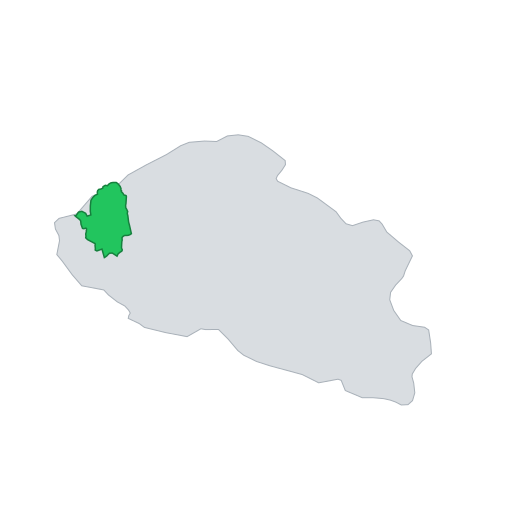 location of Ha within Bhutan, rotated 22°
{"feature_id": "BTN-2435", "entity_name": "Ha", "entity_type": "District", "adm_level": 1, "iso_a3": "BTN", "parent_name": "Bhutan", "parent_adm1": "", "projection": "orthographic", "projection_center": [89.122, 27.35], "detail": "fine", "context": "in_parent", "style": "filled", "palette": "green", "viewbox_px": 512, "rotation_deg": 22, "n_neighbors": 0, "source": "natural_earth", "source_scale": "10m", "svg_char_len": 2864}
<svg xmlns="http://www.w3.org/2000/svg" viewBox="0 0 512 512"><g transform="rotate(22 256 256)"><path d="M400.3,219.3L399.6,222.3L396.4,230.5L394.4,239.3L396.4,246.5L404.1,254.9L414.4,261.6L427.2,261.8L439.0,258.9L443.8,259.9L450.5,271.2L455.3,281.0L449.3,291.4L446.1,300.5L445.1,306.9L445.9,309.6L449.8,314.7L454.5,323.4L455.3,331.5L452.6,336.9L446.5,339.7L440.0,339.1L434.6,339.3L427.9,340.4L417.4,343.6L407.6,347.6L389.2,347.3L381.6,339.4L378.2,339.5L361.6,350.1L343.3,348.6L310.0,352.6L296.1,353.6L281.8,352.6L274.6,350.5L261.1,343.4L248.8,338.2L236.5,343.2L232.2,344.1L222.3,356.6L200.8,360.9L179.3,364.0L173.0,362.4L160.9,361.7L160.4,358.8L160.8,356.0L158.0,353.8L153.1,351.5L144.6,350.5L133.8,347.4L127.6,344.5L105.6,348.9L92.7,342.3L78.2,333.3L70.8,329.3L68.1,315.4L65.6,310.9L59.9,306.1L56.7,300.6L59.3,294.9L73.8,284.3L74.9,281.8L81.7,261.9L90.9,254.7L100.1,244.7L107.0,228.8L120.3,212.4L134.9,195.6L144.9,181.9L151.5,175.6L165.2,168.7L176.6,164.6L184.5,155.4L194.1,150.3L203.9,148.0L218.5,149.1L232.2,152.2L247.3,156.6L249.1,160.3L247.9,166.8L245.8,173.4L245.7,176.7L248.1,178.6L262.8,179.7L280.9,178.4L291.0,179.2L313.7,185.0L320.4,189.2L327.4,192.4L334.1,191.7L342.5,184.5L351.4,178.4L357.0,177.3L361.0,179.2L368.3,184.8L383.3,189.8L396.6,193.6L401.0,197.3L399.9,213.8L400.3,219.3Z" fill="#d9dde1" stroke="#a8b0b8" stroke-width="1"/><path d="M73.1,286.5L74.1,285.8L75.0,281.8L77.8,279.8L82.0,280.2L84.5,282.3L87.5,279.8L85.6,276.6L83.6,271.5L82.1,266.1L82.8,262.9L83.9,260.1L85.9,258.1L85.5,257.4L84.9,256.2L84.7,254.7L85.3,253.1L87.0,252.1L88.5,250.5L88.2,249.0L89.8,246.9L91.9,246.5L92.6,244.5L94.0,242.6L95.5,241.6L98.8,240.2L100.1,240.5L100.5,240.6L100.9,240.7L102.1,241.3L102.7,241.7L103.9,242.3L105.6,244.1L105.9,245.3L107.0,246.0L107.0,246.7L107.9,247.2L108.5,247.4L109.1,247.7L110.6,248.8L111.0,248.9L111.4,248.9L111.8,248.8L112.4,248.6L113.0,248.7L113.6,249.5L115.8,256.2L116.1,257.8L117.2,260.1L118.7,261.2L119.5,262.1L120.3,262.7L120.7,264.8L122.1,266.7L125.2,272.3L127.1,274.8L132.1,282.0L131.1,283.5L129.6,284.8L128.8,285.2L127.1,285.9L126.4,286.3L125.7,287.1L125.2,288.0L124.9,289.2L126.0,291.5L126.2,292.9L127.2,295.9L128.2,298.7L128.7,299.4L129.6,300.2L129.8,300.9L129.7,301.9L128.6,303.3L127.3,305.8L127.2,308.2L121.7,307.1L119.1,308.3L118.0,310.7L117.7,311.7L116.1,314.2L116.0,314.3L110.6,307.3L106.6,310.9L104.8,310.8L104.5,310.2L104.2,309.1L103.9,308.6L103.7,308.2L103.5,307.7L103.2,307.3L103.0,306.9L102.8,306.5L102.7,305.7L102.2,304.8L93.6,303.9L91.3,302.9L91.1,302.4L91.1,302.0L91.0,301.4L90.7,300.9L90.2,300.0L89.9,299.4L89.8,298.8L89.7,298.3L89.7,298.0L89.7,297.7L89.6,297.4L89.6,297.1L89.4,296.5L89.1,296.0L89.1,295.3L88.6,294.1L88.2,293.9L87.8,293.9L87.1,294.4L86.8,294.7L86.1,295.2L84.8,295.4L81.9,292.2L80.4,289.3L79.8,288.8L78.9,288.3L74.7,287.1L73.1,286.5Z" fill="#22c55e" stroke="#15803d" stroke-width="1.5"/></g></svg>